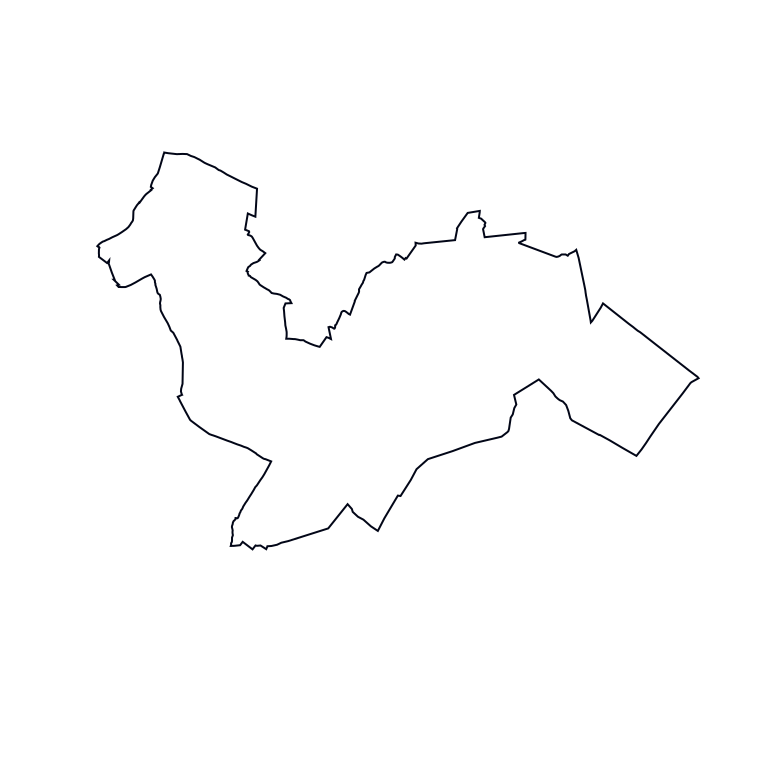 outline of Natívitas, Tlaxcala, Mexico, rotated 281°
{"feature_id": "50627088B73576999314002", "entity_name": "Natívitas", "entity_type": "district", "adm_level": 2, "iso_a3": "MEX", "parent_name": "Mexico", "parent_adm1": "Tlaxcala", "projection": "albers", "projection_center": [-98.329, 19.231], "detail": "fine", "context": "isolated", "style": "outline", "palette": "ink", "viewbox_px": 768, "rotation_deg": 281, "n_neighbors": 0, "source": "geoboundaries", "source_scale": "gbopen_adm2", "svg_char_len": 6114}
<svg xmlns="http://www.w3.org/2000/svg" viewBox="0 0 768 768"><g transform="rotate(281 384 384)"><path d="M375.0,604.9L375.2,605.1L375.2,605.6L371.8,616.2L366.8,630.2L361.6,645.5L368.9,649.3L376.1,652.5L383.2,655.4L397.3,661.5L431.8,679.0L443.2,684.5L443.8,684.9L444.6,685.6L449.7,691.7L450.8,690.4L455.6,680.6L483.7,625.6L484.7,622.9L486.3,619.8L487.4,617.8L489.7,613.0L504.9,583.6L500.3,582.2L485.7,576.4L483.9,575.3L485.7,574.7L505.8,566.9L509.7,565.3L510.7,565.0L511.7,564.6L514.5,563.7L518.9,561.9L544.9,551.0L552.4,547.1L550.7,545.8L546.9,540.8L545.0,539.9L545.8,537.6L545.1,533.8L544.4,533.0L543.3,532.1L542.4,530.8L541.7,529.3L541.7,528.1L548.1,489.8L548.6,489.6L550.3,492.0L552.1,494.2L552.6,495.2L553.0,495.2L559.3,494.1L558.9,492.6L547.3,454.8L554.9,451.7L555.5,451.8L558.3,453.1L559.4,452.3L561.5,452.8L562.2,452.1L564.2,448.8L564.8,448.0L565.2,445.4L570.6,445.2L572.2,445.0L567.9,433.5L558.2,429.0L550.7,425.9L550.2,426.3L538.8,426.3L529.8,396.5L528.9,394.0L528.5,391.1L528.7,388.0L526.0,388.7L511.5,382.2L511.8,381.2L510.0,380.3L510.6,379.2L511.1,378.4L512.3,376.0L513.6,373.0L513.6,372.3L513.5,371.2L510.7,370.4L510.4,370.4L509.7,370.6L509.2,370.6L505.9,369.2L505.2,368.8L504.9,368.4L504.3,367.2L504.0,366.2L503.7,364.2L503.7,363.7L503.8,362.7L504.2,361.5L503.8,360.3L503.3,359.5L502.8,358.8L499.4,356.6L498.7,356.0L497.9,355.0L495.5,352.4L490.8,348.4L489.7,345.7L487.6,345.2L482.4,344.6L481.1,344.1L479.4,344.0L477.2,343.1L475.3,342.5L472.2,341.4L470.0,341.9L468.8,341.8L460.0,339.4L459.5,339.6L445.6,337.4L446.0,336.0L446.7,334.8L447.6,333.0L448.1,331.7L448.1,330.6L447.7,329.7L446.8,328.8L446.1,328.5L443.9,328.3L440.1,327.5L435.2,326.2L434.1,326.0L433.0,325.6L432.4,324.9L432.1,324.9L431.6,324.9L430.8,325.2L430.3,325.2L429.3,325.0L428.9,324.8L428.8,324.5L428.9,324.1L429.6,322.4L429.9,320.1L429.2,318.7L418.0,323.4L418.3,322.3L418.6,321.4L418.8,320.3L419.0,318.6L408.2,313.8L408.3,312.0L408.7,308.2L409.5,303.6L410.7,298.7L411.4,297.3L411.6,296.6L411.0,293.5L411.1,291.1L411.1,288.2L410.8,286.3L410.4,282.7L409.8,279.4L412.2,279.3L414.6,278.9L416.5,278.5L419.9,277.2L422.7,276.0L426.0,275.1L431.6,273.3L436.4,272.0L439.5,271.0L444.3,271.9L445.7,277.7L446.5,277.1L447.1,276.5L448.4,275.8L449.0,274.7L449.2,273.4L450.0,271.5L450.7,268.2L451.8,265.0L452.0,261.5L451.8,258.7L451.9,256.3L453.1,254.7L454.1,253.1L454.7,251.0L455.4,249.1L455.9,247.6L456.6,245.9L457.2,244.4L457.9,242.9L459.0,241.9L460.6,240.2L461.7,238.1L463.5,232.9L464.5,231.8L464.6,230.5L465.0,230.4L466.2,229.4L468.0,228.6L468.3,228.8L468.7,227.5L471.9,228.2L472.9,228.5L474.4,230.0L475.7,230.6L476.2,231.1L477.8,232.8L479.5,235.8L480.6,237.1L481.8,238.2L482.1,237.7L489.8,242.5L491.2,239.6L492.1,237.1L492.6,236.3L493.8,234.8L495.6,232.9L502.3,227.3L503.5,226.1L503.9,225.2L504.2,224.2L504.3,222.2L504.6,221.8L507.3,222.7L507.7,222.6L508.2,222.3L509.0,218.2L525.4,217.8L524.4,222.0L523.7,225.8L551.5,222.1L552.5,216.5L554.2,210.3L555.1,205.9L557.2,198.4L558.6,193.5L559.6,189.8L561.1,186.1L562.3,182.7L562.5,180.9L564.4,177.0L566.1,168.8L566.9,165.6L568.9,160.5L570.6,154.4L571.0,151.0L572.1,146.8L571.4,142.3L570.1,136.8L569.7,131.9L569.4,128.3L569.3,124.7L569.3,124.1L568.3,124.2L568.0,123.9L554.2,122.6L547.5,121.8L547.1,121.6L543.3,119.6L539.5,118.2L535.0,117.5L533.0,117.5L532.0,119.6L530.2,118.1L529.9,118.5L526.5,115.6L525.1,114.4L523.9,113.6L522.3,112.7L515.4,109.5L515.7,109.1L514.0,108.3L512.4,107.4L510.4,106.6L506.5,105.1L505.6,105.1L498.7,106.2L496.6,106.3L495.2,105.8L493.8,105.1L492.0,104.5L491.4,104.2L489.3,103.2L486.8,101.3L483.1,97.7L480.2,94.7L479.1,93.4L476.3,89.4L473.9,86.4L472.6,84.4L470.9,82.2L470.2,80.9L469.0,79.6L467.3,78.0L465.6,76.9L464.6,76.3L464.1,77.3L464.0,78.2L463.5,78.7L462.8,78.5L461.8,78.5L460.6,78.7L457.7,79.2L456.1,79.7L454.4,79.9L449.9,89.1L452.9,90.6L450.8,90.8L450.2,90.5L441.4,95.6L435.0,99.7L434.8,98.8L430.8,104.9L429.9,103.2L428.6,105.0L429.4,109.7L429.7,111.2L430.0,112.0L432.9,116.5L436.3,120.7L441.3,126.4L443.2,128.7L447.1,134.4L445.2,136.4L442.8,138.6L441.9,139.3L441.2,139.5L440.2,139.7L438.5,140.6L437.9,140.6L437.2,140.9L436.4,141.4L434.0,142.7L431.3,143.8L430.3,144.3L429.5,145.2L428.8,146.9L427.3,147.7L426.3,148.1L425.0,148.6L424.0,148.7L422.4,148.7L421.8,148.6L420.0,148.8L419.3,149.2L418.0,149.6L417.0,149.7L414.3,150.5L413.0,151.2L407.8,155.3L402.4,160.1L399.2,162.4L395.8,164.5L394.1,167.4L387.7,172.6L386.9,173.1L384.7,174.8L381.8,177.0L374.4,179.7L373.5,180.1L372.2,180.5L369.7,181.5L366.8,182.5L345.7,186.2L340.6,185.8L337.9,186.1L336.0,187.1L335.1,187.5L334.8,187.8L334.5,187.3L332.1,184.0L329.1,186.5L328.6,186.8L318.9,194.6L311.8,200.5L310.9,202.0L306.5,211.1L301.5,222.1L301.0,225.2L301.0,225.6L300.5,229.1L298.5,240.9L297.9,245.1L297.4,247.7L296.7,251.7L296.4,254.1L296.2,255.5L295.6,258.4L295.3,261.0L295.0,262.5L293.6,266.3L291.4,271.8L290.8,272.4L288.6,277.8L288.0,279.2L287.6,280.7L287.6,282.0L286.5,288.0L282.2,286.8L272.6,283.7L269.2,282.4L266.4,281.1L264.0,280.1L260.1,278.5L258.2,277.3L255.3,276.4L250.4,274.6L247.7,273.5L243.7,272.0L241.1,270.8L238.2,269.7L236.9,269.2L234.9,268.8L234.0,268.5L232.5,267.7L230.6,267.4L229.3,266.9L228.3,266.9L226.5,266.6L224.9,266.2L224.3,265.8L224.1,265.2L224.2,264.1L224.1,263.8L223.6,263.9L223.1,264.0L221.7,263.3L221.0,262.6L220.3,262.5L219.4,262.1L217.6,262.2L215.5,261.9L214.5,262.0L212.6,262.9L211.3,263.4L209.8,263.5L208.3,263.9L206.8,264.5L205.4,264.3L204.3,264.1L201.3,264.7L200.0,264.8L198.5,264.3L196.9,264.6L195.8,264.5L196.6,268.0L198.3,273.5L202.1,275.4L196.6,286.5L201.0,288.7L200.9,290.1L201.9,293.6L199.4,299.9L201.7,300.4L202.5,300.5L203.5,304.4L205.8,309.7L208.6,313.5L211.5,319.9L231.6,356.8L259.1,371.2L255.2,376.3L252.5,377.7L248.7,383.8L246.9,389.7L241.8,398.3L238.6,406.0L252.3,410.0L277.1,418.9L277.2,421.6L294.9,428.6L306.6,432.2L318.6,441.4L331.2,464.1L343.5,484.5L353.0,505.7L354.8,509.5L360.4,514.4L361.6,515.1L363.8,515.3L375.2,514.8L378.7,516.2L385.2,516.5L389.1,517.8L398.1,513.7L418.0,535.1L409.2,549.3L407.3,552.0L404.5,554.6L402.8,557.3L401.7,559.5L400.9,563.0L398.1,566.8L392.9,570.0L385.9,573.4L384.2,575.4L375.0,604.9Z" fill="none" stroke="#020617" stroke-width="2"/></g></svg>